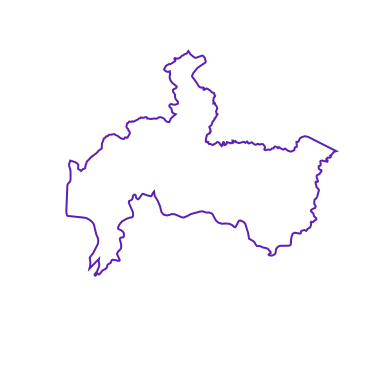 outline of Nova Olinda do Norte, Amazonas, Brazil, rotated 312°
{"feature_id": "56859067B30922595397513", "entity_name": "Nova Olinda do Norte", "entity_type": "district", "adm_level": 2, "iso_a3": "BRA", "parent_name": "Brazil", "parent_adm1": "Amazonas", "projection": "albers", "projection_center": [-58.585, -4.027], "detail": "fine", "context": "isolated", "style": "outline", "palette": "violet", "viewbox_px": 384, "rotation_deg": 312, "n_neighbors": 0, "source": "geoboundaries", "source_scale": "gbopen_adm2", "svg_char_len": 6050}
<svg xmlns="http://www.w3.org/2000/svg" viewBox="0 0 384 384"><g transform="rotate(312 192 192)"><path d="M66.4,167.1L80.0,167.6L78.6,168.5L76.1,171.6L74.6,172.7L69.6,174.5L65.7,174.8L65.1,175.1L65.2,176.2L65.9,176.4L67.6,175.5L68.3,175.6L68.4,178.0L69.3,178.3L73.7,178.0L76.7,179.1L78.5,179.3L79.3,179.2L80.8,178.1L81.8,178.0L84.7,178.9L87.8,178.0L88.6,178.4L90.0,180.4L91.8,183.8L92.7,184.0L93.3,183.4L95.8,177.6L97.7,177.0L102.0,177.1L103.7,176.3L106.1,173.9L108.4,170.1L109.5,169.5L111.2,170.0L112.3,171.2L113.1,171.2L114.7,170.1L116.0,168.4L116.3,166.9L116.1,164.7L115.2,162.2L115.9,160.9L118.8,159.9L123.1,159.6L128.4,161.3L131.5,163.0L133.1,164.4L134.2,164.4L136.1,163.2L137.5,161.5L141.7,152.3L143.1,151.3L145.4,152.3L146.4,152.4L147.5,152.1L149.9,150.7L150.9,150.6L151.8,151.2L151.9,152.3L150.3,154.4L150.3,156.6L151.0,157.0L152.0,157.0L156.8,156.4L157.8,156.7L159.8,161.6L161.5,164.4L162.2,164.5L165.0,163.6L167.0,163.5L164.2,166.8L162.4,172.7L161.2,175.3L160.0,177.8L156.6,182.8L156.2,185.5L156.4,186.5L157.9,189.2L160.3,190.8L161.4,191.2L163.9,194.0L166.2,200.9L167.4,202.9L171.3,204.7L174.8,205.9L182.9,211.1L184.9,213.0L186.2,216.3L188.3,218.6L189.3,220.9L189.2,222.2L186.9,228.6L186.8,232.0L188.4,235.5L190.5,237.4L193.3,240.9L194.3,244.1L194.3,247.0L194.8,247.7L195.7,247.7L202.0,246.1L202.9,246.7L203.7,248.0L204.3,251.2L203.9,253.0L199.0,261.3L195.5,265.5L196.6,271.3L195.4,275.2L195.3,276.4L197.5,279.1L198.2,281.8L199.7,284.2L200.5,286.2L200.0,290.4L199.5,291.2L197.7,290.8L196.7,291.0L197.1,292.7L198.9,294.4L200.7,295.0L202.2,295.1L206.0,292.6L208.9,292.5L211.1,293.6L216.8,299.8L217.5,300.3L218.6,300.6L221.1,299.2L221.9,298.2L224.4,296.5L228.0,294.8L228.8,294.9L230.4,295.5L233.3,300.1L234.1,300.4L235.6,299.4L236.7,299.5L238.9,300.9L239.5,302.8L240.3,303.0L241.7,302.5L244.7,303.5L247.0,302.6L248.3,301.6L248.7,300.7L249.7,300.5L250.6,302.1L252.8,302.1L254.6,302.8L255.7,301.8L255.6,299.0L257.2,296.6L257.4,293.0L258.2,292.6L260.0,292.9L262.4,294.1L264.0,293.7L265.1,290.6L267.8,288.5L268.5,288.2L270.1,288.6L272.2,288.2L278.3,285.1L278.8,284.0L278.9,281.4L281.8,277.4L282.5,277.2L283.6,278.5L284.4,278.5L286.1,275.1L287.3,273.9L288.1,273.7L290.7,274.7L294.2,274.2L294.8,273.5L294.0,271.6L294.2,270.8L295.1,269.5L296.2,268.9L297.5,269.7L298.4,269.5L300.4,267.0L301.2,266.8L302.1,267.3L302.7,268.1L304.9,272.2L305.6,272.2L306.2,271.5L305.9,270.4L306.3,269.8L307.0,269.7L308.5,269.9L309.3,271.1L310.3,271.7L311.3,271.6L311.5,270.4L313.1,270.9L316.8,270.6L318.9,271.9L310.7,241.5L309.1,238.7L306.4,236.9L304.1,236.3L300.6,237.4L299.1,236.1L295.8,239.6L293.9,238.6L291.5,240.0L288.2,238.5L287.2,236.6L286.7,234.8L286.7,232.3L286.1,231.8L285.1,231.8L284.4,231.0L283.6,228.2L283.6,226.6L282.1,226.6L282.1,225.0L281.7,223.6L281.2,223.1L280.5,223.0L279.0,223.4L278.1,222.4L276.1,222.1L275.4,221.7L274.5,220.1L272.2,218.6L271.9,217.8L272.2,217.0L273.9,216.6L274.4,215.9L275.1,213.0L274.2,211.5L272.7,210.7L272.2,210.1L272.1,209.1L271.5,208.4L270.0,208.0L269.6,207.5L269.2,206.7L269.0,203.2L266.1,201.8L265.9,200.9L266.3,200.3L266.4,199.1L264.2,198.8L264.1,197.0L259.9,194.3L258.8,192.0L258.9,190.4L258.0,190.5L257.8,188.4L257.3,187.7L256.4,189.1L255.6,189.5L255.2,188.6L253.9,188.1L253.8,187.2L252.4,184.6L251.1,185.5L249.2,185.3L248.7,184.8L249.0,184.1L250.2,183.1L250.3,182.1L249.6,181.8L247.9,182.6L247.1,183.4L246.0,183.4L246.3,180.5L246.8,179.7L246.5,178.1L246.1,177.4L243.7,177.0L240.7,175.9L240.2,173.9L239.1,172.5L239.2,171.3L240.0,170.8L239.9,170.0L238.6,169.2L238.8,168.3L241.0,166.7L244.3,165.0L245.0,164.9L247.5,166.0L248.1,165.2L249.5,165.5L250.3,163.9L251.1,163.6L251.4,162.1L252.0,161.3L254.8,161.7L257.7,160.4L261.3,160.1L261.9,159.4L262.8,159.8L266.9,158.9L266.6,157.9L267.9,156.0L271.1,154.8L272.4,152.1L272.4,150.7L273.2,149.8L272.0,148.6L272.6,148.3L273.5,148.3L274.0,146.6L275.2,146.1L276.1,145.3L277.0,144.9L278.1,145.2L278.9,145.0L279.3,143.4L280.1,142.7L280.3,142.0L279.4,140.3L279.6,137.3L279.0,134.2L278.6,133.5L276.2,132.8L275.8,131.9L276.3,131.4L277.2,131.2L277.1,130.3L275.4,128.5L275.1,127.5L275.1,126.4L276.7,120.9L277.8,115.0L278.3,114.3L281.3,113.4L287.8,113.0L297.3,115.3L298.5,114.5L300.2,111.8L300.6,109.3L300.2,108.3L295.2,105.6L294.0,104.8L293.6,104.0L293.3,99.0L294.3,95.0L292.0,95.4L290.9,95.2L289.1,94.1L287.8,94.2L286.6,93.3L284.3,93.3L283.2,93.0L281.6,92.2L280.9,91.4L280.2,89.7L279.3,89.7L278.8,90.5L278.8,91.4L277.9,91.9L273.3,90.6L272.3,90.2L271.6,89.3L268.3,88.2L264.9,89.1L264.3,89.4L264.2,90.5L264.5,92.7L265.4,94.0L266.9,94.7L265.2,96.7L262.3,98.5L260.5,101.3L259.9,104.2L260.2,109.8L259.8,110.4L258.3,110.6L255.9,109.5L254.6,109.9L253.7,111.3L253.1,114.0L251.1,116.0L250.2,117.6L249.5,121.5L248.0,122.4L245.6,121.1L244.2,119.3L243.4,117.5L242.1,117.1L241.0,117.3L240.4,118.0L240.3,120.6L239.3,122.3L238.1,123.6L238.0,125.6L238.9,127.9L233.9,127.2L232.0,127.2L228.7,128.4L227.5,126.5L227.3,124.6L227.8,122.7L227.6,121.2L226.8,118.9L226.2,118.2L224.7,117.1L223.8,117.2L222.3,116.2L221.8,115.2L218.5,112.4L218.1,111.4L216.6,109.6L217.1,108.9L217.0,108.0L216.5,107.2L215.1,106.6L213.8,105.3L213.6,104.5L212.9,104.0L212.2,104.2L210.7,103.2L209.9,103.3L205.0,101.4L204.4,100.1L203.4,99.8L202.3,98.2L200.6,98.3L199.9,97.9L199.3,98.0L196.7,99.5L196.1,100.7L196.0,102.6L195.3,103.4L194.8,105.7L194.0,106.6L189.3,107.7L188.7,107.3L188.5,106.4L187.6,105.7L186.7,106.1L185.7,105.8L184.3,103.4L183.9,98.8L183.2,97.3L183.2,95.9L182.6,95.1L180.6,93.7L179.3,92.2L178.4,91.8L177.1,92.0L175.8,90.9L174.2,91.2L172.6,90.6L171.7,91.3L167.8,92.6L164.0,95.8L160.5,95.0L157.7,95.1L150.9,93.8L144.0,93.5L142.6,94.4L140.8,94.9L138.5,96.5L137.7,96.6L135.9,95.6L133.4,95.5L133.6,94.8L132.9,92.2L133.4,91.4L135.9,89.6L136.4,88.8L136.4,87.8L136.0,85.1L133.9,80.5L130.2,82.2L128.9,83.6L127.2,86.6L126.1,87.9L119.8,93.6L118.1,94.4L115.2,94.3L113.6,94.9L93.1,111.9L91.6,113.8L91.0,114.9L91.1,115.7L100.7,128.9L102.0,131.1L102.8,134.7L102.9,138.3L102.3,140.7L96.5,149.1L94.4,153.6L92.5,155.4L90.4,156.8L80.6,159.4L74.8,159.9L71.9,163.4L69.4,165.4L66.4,167.1Z" fill="none" stroke="#5b21b6" stroke-width="2"/></g></svg>